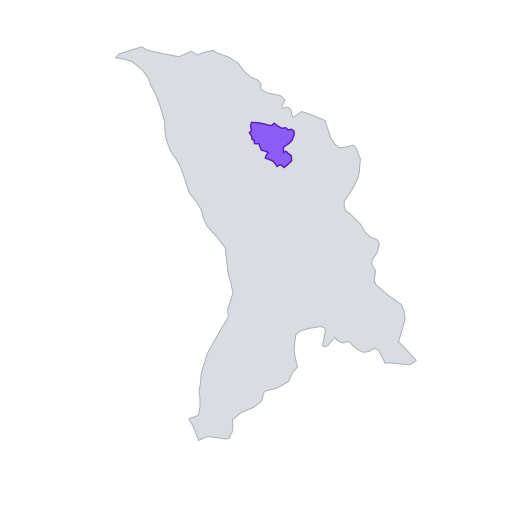 Floreşti on a map of Moldova (Robinson projection), rotated 12°
{"feature_id": "MDA-1635", "entity_name": "Floreşti", "entity_type": "District", "adm_level": 1, "iso_a3": "MDA", "parent_name": "Moldova", "parent_adm1": "", "projection": "robinson", "projection_center": [28.303, 47.851], "detail": "fine", "context": "in_parent", "style": "filled", "palette": "violet", "viewbox_px": 512, "rotation_deg": 12, "n_neighbors": 0, "source": "natural_earth", "source_scale": "10m", "svg_char_len": 2661}
<svg xmlns="http://www.w3.org/2000/svg" viewBox="0 0 512 512"><g transform="rotate(12 256 256)"><path d="M77.6,91.3L79.8,87.0L100.7,75.1L106.1,77.1L117.0,77.5L139.2,77.1L150.2,69.3L156.9,71.5L162.4,68.0L171.6,63.6L172.9,64.5L174.1,65.2L188.3,67.2L198.9,71.4L206.0,77.9L213.4,81.9L220.9,83.5L225.1,86.7L226.0,91.7L233.1,94.1L246.4,94.0L252.1,97.3L250.1,103.8L251.4,106.0L256.2,103.7L259.8,105.7L261.7,110.5L263.8,112.8L270.6,105.2L277.8,106.0L295.2,109.1L304.6,124.9L310.4,130.5L315.5,132.9L321.9,130.4L327.6,127.5L330.8,128.8L337.9,139.3L339.6,152.9L339.6,158.5L337.2,167.7L333.6,177.6L330.8,184.0L332.1,189.2L334.6,193.5L338.8,194.9L352.3,203.7L357.4,209.7L364.8,214.2L370.4,214.5L373.3,217.0L374.3,220.1L373.6,227.9L370.5,235.2L371.0,239.9L375.9,245.4L376.5,251.9L376.9,256.0L379.5,259.2L392.0,266.3L408.1,273.2L412.3,279.1L414.9,286.5L414.2,299.1L413.2,310.0L434.4,324.8L432.1,327.5L428.8,330.5L408.6,332.8L404.6,334.0L395.7,322.9L391.1,321.5L386.8,325.6L381.7,327.8L375.6,326.7L369.0,323.3L365.7,320.9L363.1,320.6L359.0,323.0L353.5,322.0L350.0,319.2L344.9,328.6L341.8,330.6L339.8,330.3L339.3,314.4L337.8,311.9L333.8,311.6L323.9,315.4L314.6,320.3L311.4,324.6L311.8,332.5L313.2,341.9L319.6,356.1L316.1,362.3L313.7,372.2L303.6,381.2L292.3,386.5L291.4,397.3L285.0,404.7L274.2,412.1L267.0,421.0L268.8,427.1L269.3,432.9L268.1,436.8L267.8,439.8L264.9,441.2L248.4,442.3L243.7,444.1L238.3,448.4L233.2,440.3L228.0,433.3L224.2,429.5L225.8,427.8L230.0,425.8L232.9,423.4L232.6,415.0L230.4,405.4L228.4,400.7L228.2,393.4L226.8,382.0L228.8,360.9L237.1,334.4L241.6,321.2L239.4,314.0L241.2,297.1L237.6,288.8L232.0,277.9L224.1,254.2L214.2,245.9L201.9,236.9L196.7,230.0L193.2,222.5L186.0,215.0L177.6,208.2L167.7,191.0L162.6,183.2L161.0,181.1L149.7,170.1L143.7,160.2L140.8,152.0L139.1,144.4L131.2,129.5L124.0,118.3L117.1,110.3L114.0,104.6L106.0,97.5L94.6,91.8L87.1,90.8L77.6,91.3Z" fill="#d9dde1" stroke="#a8b0b8" stroke-width="1"/><path d="M265.3,138.5L260.2,143.9L261.4,149.0L262.2,148.4L263.0,147.5L264.5,147.8L266.0,148.9L269.6,150.5L271.1,155.4L268.1,159.9L265.1,163.6L263.4,162.8L261.6,161.7L259.6,162.5L258.0,164.0L255.4,161.6L252.5,159.5L244.8,158.3L245.0,155.6L246.4,152.2L243.0,151.5L239.2,151.3L237.4,148.7L235.5,145.5L232.9,146.2L231.0,146.3L230.3,143.4L229.1,143.0L228.0,142.9L227.4,141.5L227.0,139.8L225.5,138.3L223.9,136.9L224.7,135.6L225.4,134.3L225.1,133.1L224.5,132.2L223.5,129.2L223.9,126.2L230.9,125.2L238.0,125.2L241.3,125.5L244.6,124.9L245.3,123.6L246.0,122.4L247.8,123.0L249.6,124.1L254.4,125.7L256.4,125.2L258.3,124.3L261.2,126.0L264.2,124.7L267.2,125.9L268.1,129.6L267.2,135.1L265.3,138.5Z" fill="#8b5cf6" stroke="#5b21b6" stroke-width="1.5"/></g></svg>